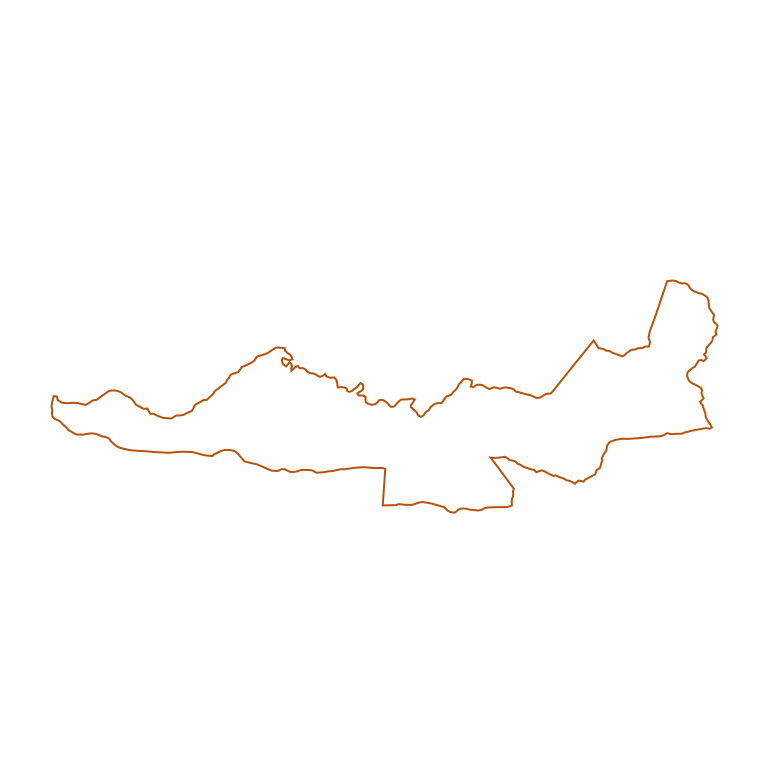 Santa Luzia do Pará, Pará, Brazil, rotated 94°
{"feature_id": "56859067B56041681846476", "entity_name": "Santa Luzia do Pará", "entity_type": "district", "adm_level": 2, "iso_a3": "BRA", "parent_name": "Brazil", "parent_adm1": "Pará", "projection": "robinson", "projection_center": [-46.938, -1.726], "detail": "fine", "context": "isolated", "style": "outline", "palette": "amber", "viewbox_px": 768, "rotation_deg": 94, "n_neighbors": 0, "source": "geoboundaries", "source_scale": "gbopen_adm2", "svg_char_len": 5861}
<svg xmlns="http://www.w3.org/2000/svg" viewBox="0 0 768 768"><g transform="rotate(94 384 384)"><path d="M368.1,66.2L365.7,67.7L362.7,74.0L361.8,76.8L359.7,79.7L355.8,81.9L353.7,82.2L351.4,82.1L349.1,80.1L346.4,77.2L345.2,75.2L341.9,73.4L338.6,71.8L337.9,69.2L338.9,66.7L335.8,63.9L333.6,65.3L332.3,66.9L330.1,65.0L325.7,64.9L322.5,62.7L319.8,60.5L316.9,59.3L314.3,59.2L311.5,55.8L308.3,57.0L305.3,55.8L302.8,55.3L301.0,56.6L299.4,59.1L296.4,60.2L294.4,59.8L292.0,59.6L289.9,61.5L285.2,65.0L282.5,65.4L280.5,65.8L277.8,66.2L275.0,67.5L273.5,69.9L271.7,73.4L271.5,76.2L269.9,81.1L268.9,83.0L266.9,85.6L264.1,87.3L262.5,90.4L262.9,93.7L262.2,97.1L261.1,99.4L260.6,102.8L261.6,108.7L295.5,117.5L312.5,122.4L319.4,123.4L323.4,121.6L328.1,122.2L328.5,126.3L330.1,128.5L330.6,133.0L332.1,136.1L332.7,139.6L334.8,142.4L336.8,144.7L338.6,146.2L339.8,148.2L337.0,158.1L335.2,161.8L335.3,164.5L334.3,166.7L333.6,168.8L333.3,172.4L325.9,177.8L348.6,193.7L379.1,214.8L381.8,217.0L382.6,221.7L384.0,223.7L386.7,227.3L387.2,231.0L386.0,234.4L385.0,237.1L384.1,242.8L382.9,248.3L382.3,252.3L380.3,254.1L379.4,256.9L378.9,262.5L379.5,265.0L380.7,267.9L379.9,271.2L379.6,274.5L381.7,278.3L380.9,280.5L380.1,282.5L378.2,285.9L378.0,289.3L378.9,292.2L380.8,294.5L380.5,297.2L376.9,296.5L374.6,296.6L373.7,298.8L373.1,301.6L373.4,304.5L375.3,306.3L377.3,307.6L379.1,309.2L381.8,310.3L384.5,311.8L387.1,314.4L390.1,316.2L391.1,318.5L391.9,320.5L393.5,322.0L396.5,323.6L399.1,325.3L399.3,328.6L400.2,332.0L402.1,334.2L404.1,336.2L406.8,337.3L408.7,339.7L410.3,341.3L412.3,342.1L414.3,344.9L412.8,347.7L410.0,349.5L408.3,351.5L406.5,353.8L405.2,355.6L402.8,355.5L400.2,353.8L397.2,352.2L396.5,355.0L397.2,357.1L397.7,359.2L398.0,362.4L398.3,365.8L400.7,368.3L403.6,370.6L405.8,372.4L406.3,375.4L404.9,377.3L403.3,378.7L401.0,381.8L399.9,384.8L400.5,387.8L402.6,389.0L404.6,391.1L405.6,394.6L404.8,398.4L403.3,400.8L400.8,401.4L398.3,401.4L397.0,403.8L397.0,405.9L397.2,408.6L395.2,410.0L393.7,408.1L392.7,406.2L390.8,404.6L388.1,404.4L385.8,405.2L384.7,407.5L387.1,409.3L389.2,410.9L391.3,413.5L393.3,415.6L394.2,418.1L393.5,420.2L391.0,421.0L390.2,423.7L390.1,426.5L390.6,429.9L387.2,430.6L383.5,431.7L380.9,434.0L381.6,438.1L380.4,441.9L378.1,443.3L380.7,446.4L381.2,448.9L380.2,451.1L378.7,454.0L378.4,456.2L378.3,458.8L377.2,461.3L375.0,463.2L373.8,466.2L374.2,469.2L371.9,471.2L373.1,473.4L375.1,475.1L377.1,477.2L375.0,477.7L373.1,476.9L370.4,477.9L369.0,479.6L370.8,481.1L373.3,482.8L371.7,485.6L370.1,486.8L367.1,487.6L365.2,486.8L366.0,483.7L367.0,480.4L365.7,477.0L363.0,478.2L361.0,479.9L359.9,482.4L357.6,485.0L355.2,485.7L355.0,491.3L355.2,494.4L357.1,496.9L360.8,501.7L362.3,504.3L363.8,507.8L365.2,512.0L367.2,513.7L369.5,514.7L372.1,517.9L374.8,522.5L377.0,527.0L379.3,528.4L382.4,530.4L383.7,534.0L385.6,537.9L388.5,539.0L391.3,540.9L394.0,542.0L397.7,546.4L399.6,548.4L401.1,550.2L402.9,552.2L406.4,554.1L410.1,557.9L412.3,559.7L412.5,562.7L415.5,567.1L417.7,570.8L424.3,573.7L425.6,576.5L428.9,582.2L429.6,585.2L430.0,589.2L432.9,593.2L433.3,595.4L433.2,602.2L431.3,608.4L429.9,611.6L430.1,615.0L427.2,617.0L425.0,618.2L425.5,621.9L424.5,624.4L422.0,629.9L420.4,631.3L418.4,632.7L415.3,636.2L413.6,641.3L410.8,645.5L409.7,648.6L409.3,651.1L409.4,655.6L410.6,658.6L412.8,661.1L417.4,666.7L419.7,669.3L420.7,673.5L423.2,676.4L425.6,680.3L425.2,683.6L424.3,688.3L424.5,693.8L425.0,697.0L425.3,700.5L425.0,704.2L422.9,708.3L419.3,709.4L419.1,712.6L423.3,713.4L426.3,713.9L429.9,714.1L432.9,713.1L435.7,713.3L439.5,712.6L441.0,711.2L442.6,708.0L443.2,706.0L444.3,704.0L446.1,702.2L448.0,699.9L449.6,697.7L451.8,695.8L455.5,688.4L455.8,685.8L455.5,680.5L454.0,674.7L453.6,671.4L454.0,667.2L456.0,661.4L456.1,658.4L457.5,654.5L460.1,652.5L462.5,649.6L463.8,647.8L465.4,644.9L466.2,642.5L466.9,638.1L467.6,633.5L467.8,630.6L467.8,621.3L467.7,617.2L467.9,607.1L467.7,598.7L467.7,594.2L467.0,589.8L466.2,585.5L465.5,578.8L465.3,570.2L465.9,566.8L467.0,561.5L467.6,557.9L467.8,554.1L467.8,550.0L466.0,548.6L464.6,546.0L462.2,541.8L460.9,538.4L460.6,534.5L460.7,531.8L461.4,528.2L463.9,524.6L467.0,521.7L469.0,519.6L470.9,517.7L471.4,515.3L471.8,512.7L473.2,504.3L478.2,490.5L478.3,485.3L477.8,483.0L476.1,480.1L476.0,477.0L478.2,471.7L478.1,468.0L477.4,465.1L475.8,461.3L475.3,458.9L475.1,452.8L475.1,449.8L477.2,445.1L476.2,437.8L475.1,434.0L474.5,429.5L472.1,421.5L471.9,418.3L469.3,405.4L468.4,398.1L468.5,386.4L467.8,379.9L468.6,376.8L505.2,376.8L504.0,363.4L502.8,361.2L503.0,355.0L502.7,347.8L499.9,341.1L499.0,337.0L499.9,328.3L502.2,317.5L502.8,315.1L506.0,311.5L507.2,308.6L507.4,306.3L507.0,303.8L504.3,301.4L502.8,298.2L502.6,293.6L503.4,289.2L503.6,281.1L502.8,278.1L500.6,274.3L499.9,271.8L498.8,260.7L498.2,252.4L497.3,250.3L496.3,247.9L492.7,248.4L489.8,248.3L487.8,247.6L485.1,247.4L482.4,247.8L479.4,247.2L460.8,263.1L450.0,272.5L450.1,268.6L449.4,264.2L448.8,260.9L448.2,258.6L449.1,255.9L451.0,253.8L451.9,247.7L454.3,245.1L454.9,242.8L455.9,240.8L457.1,238.4L457.8,235.0L458.8,231.7L459.3,228.0L461.4,225.9L459.7,222.3L459.2,220.1L460.2,217.1L461.6,214.5L462.6,211.9L463.9,208.9L463.2,206.5L465.1,200.9L465.6,198.6L467.0,195.9L467.5,193.7L467.9,191.2L470.1,186.5L468.0,184.6L466.7,182.7L467.5,178.1L465.4,176.8L459.4,167.0L455.4,166.1L452.6,162.7L449.8,162.0L447.7,161.8L445.6,160.8L443.2,161.7L438.5,159.8L435.5,157.9L433.3,157.3L430.3,157.4L428.3,156.2L426.5,155.2L424.7,151.9L423.7,149.5L422.7,145.6L421.9,141.5L421.9,139.0L421.4,134.4L420.1,124.8L419.1,119.8L417.9,114.0L417.3,107.6L416.5,103.6L415.6,101.4L413.3,98.3L414.0,93.8L413.3,88.9L412.9,83.7L411.3,80.5L410.4,77.4L409.3,74.4L408.5,71.3L407.2,66.4L406.2,62.5L405.6,59.7L405.9,55.9L404.5,53.9L401.4,55.7L399.5,57.6L397.3,58.9L395.3,60.5L390.6,61.5L385.2,63.9L383.3,64.3L381.3,66.3L379.6,67.4L376.0,64.1L373.5,65.6L370.9,66.7L368.1,66.2Z" fill="none" stroke="#b45309" stroke-width="2"/></g></svg>